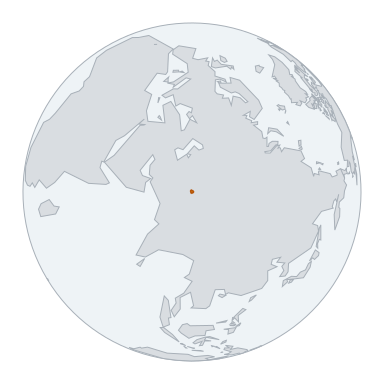 Kunduz on an orthographic globe, rotated 59°
{"feature_id": "AFG-1763", "entity_name": "Kunduz", "entity_type": "Province", "adm_level": 1, "iso_a3": "AFG", "parent_name": "Afghanistan", "parent_adm1": "", "projection": "orthographic", "projection_center": [68.869, 36.818], "detail": "fine", "context": "on_globe", "style": "filled", "palette": "amber", "viewbox_px": 384, "rotation_deg": 59, "n_neighbors": 0, "source": "natural_earth", "source_scale": "10m", "svg_char_len": 11328}
<svg xmlns="http://www.w3.org/2000/svg" viewBox="0 0 384 384"><g transform="rotate(59 192 192)"><circle cx="192" cy="192" r="169" fill="#eef3f6" stroke="#a8b0b8"/><path d="M222.7,25.9L226.8,27.9L240.3,34.0L248.4,36.4L243.6,35.8L261.4,41.5L271.2,47.1L257.8,40.5L254.7,39.8L260.1,43.2L258.0,43.3L259.5,45.1L256.5,45.0L248.9,41.7L246.8,41.7L250.8,44.2L250.4,46.0L244.8,42.3L243.4,45.2L230.5,41.1L218.1,32.9L208.5,32.2L189.4,28.2L188.8,29.2L181.2,28.9L177.6,30.1L175.1,29.5L174.5,31.1L177.4,31.5L178.1,32.4L176.3,33.3L172.8,32.4L173.2,31.9L171.2,32.1L170.2,31.4L169.7,32.2L165.6,31.4L166.9,33.6L161.3,34.1L159.4,33.2L163.2,31.5L168.1,26.7L167.3,26.0L162.4,26.4L145.4,30.3L143.0,30.6L137.1,32.3L136.8,32.7L141.2,31.6L139.1,33.2L144.8,32.1L144.8,32.8L149.2,32.8L144.6,34.8L137.8,37.0L133.9,37.2L130.8,38.3L131.3,40.0L121.0,42.8L108.9,49.2L106.6,50.0L107.9,47.4L115.9,42.0L117.6,40.3L112.5,43.7L107.0,46.2L104.4,47.8L102.4,49.2L103.0,49.3L100.2,50.8L104.3,47.6L106.8,46.1L105.5,47.0L109.2,44.7L110.1,44.2L121.6,38.4L133.6,33.5L145.9,29.5L158.5,26.4L171.2,24.3L184.1,23.2L197.0,23.1L209.9,24.0L222.7,25.9ZM229.5,27.4L226.9,26.9L227.5,26.8L228.8,27.1L229.5,27.4ZM254.6,38.5L251.4,36.9L255.2,38.5L254.6,38.5ZM260.2,45.4L261.8,45.9L261.9,46.7L260.2,45.4ZM151.4,31.7L150.3,32.2L150.1,32.0L151.4,31.7ZM154.4,31.3L154.9,30.7L156.4,30.4L156.0,30.8L154.4,31.3ZM257.4,47.4L257.0,48.7L256.1,46.8L257.4,47.4ZM153.4,32.3L158.9,30.0L161.5,29.7L162.4,31.1L153.4,32.3ZM256.0,49.1L255.2,52.7L258.7,54.0L248.6,52.7L252.5,49.8L250.8,47.1L253.7,48.8L256.0,49.1ZM179.2,31.3L175.9,30.8L180.3,30.5L179.2,31.3ZM181.8,30.8L194.4,29.1L198.3,30.4L193.3,30.6L199.7,32.0L195.4,33.4L191.0,33.0L189.3,31.8L188.9,33.3L181.8,30.8ZM243.1,51.5L241.8,52.1L241.7,50.9L243.1,51.5ZM178.8,32.8L180.9,32.2L184.5,33.2L180.8,34.6L180.8,33.8L178.8,32.8ZM203.5,31.8L205.4,33.0L202.5,34.4L202.9,35.2L195.7,33.6L203.5,31.8ZM179.1,34.0L178.8,35.4L175.5,35.7L176.9,33.4L179.1,34.0ZM187.0,33.0L188.5,33.6L186.4,33.7L187.0,33.0ZM163.5,38.2L166.0,37.2L168.1,37.6L163.5,38.2ZM178.9,35.9L180.0,35.8L181.1,35.9L180.3,36.9L178.9,35.9ZM194.1,34.9L192.5,35.3L196.9,35.6L194.9,36.9L190.5,35.7L191.6,36.8L191.0,37.2L188.0,35.8L194.1,34.9ZM182.7,38.3L176.3,37.6L171.2,39.3L169.2,38.9L177.8,36.4L182.7,38.3ZM186.1,36.9L183.5,37.7L182.3,36.7L183.4,35.5L186.1,36.9ZM195.2,38.3L199.4,36.6L200.2,36.9L195.2,38.3ZM181.4,39.0L183.0,39.1L181.2,39.2L181.4,39.0ZM191.2,38.6L192.6,37.9L193.5,38.3L191.2,38.6ZM184.9,40.2L182.9,39.9L183.5,39.1L184.9,40.2ZM188.0,39.6L188.9,40.4L185.0,39.0L188.5,39.2L188.0,39.6ZM191.9,39.2L192.8,39.2L191.1,39.4L191.9,39.2ZM183.8,43.7L178.6,42.1L180.0,40.2L184.8,42.0L183.8,43.7ZM26.5,192.3L28.9,163.6L32.0,158.3L35.6,148.4L59.7,134.5L61.4,141.0L76.4,151.0L77.7,154.0L72.2,160.7L80.6,180.3L87.6,176.3L98.9,189.2L108.7,193.4L118.8,179.6L102.7,172.3L103.5,163.5L119.4,162.8L134.0,169.7L134.8,166.5L128.6,156.3L135.1,152.3L126.8,152.3L127.9,156.4L122.7,156.7L121.5,153.1L123.8,151.7L120.3,148.5L110.1,156.6L110.0,161.6L98.9,158.0L97.7,166.2L93.6,167.9L94.0,154.8L96.3,151.2L94.5,134.9L91.1,138.3L92.5,154.1L90.7,151.7L86.0,157.0L88.1,151.1L87.4,133.6L79.5,130.0L63.9,137.6L60.4,134.9L59.9,128.0L71.1,114.8L77.7,122.6L81.7,118.7L85.1,109.4L86.8,112.8L89.0,110.2L91.9,113.0L100.7,110.3L104.4,112.6L112.3,105.6L115.3,106.0L109.7,109.9L107.9,114.2L117.6,120.5L120.8,119.9L125.1,115.0L127.3,117.7L130.2,112.2L138.0,113.7L131.0,107.4L136.0,102.2L143.1,100.2L143.4,97.6L131.9,100.9L128.4,103.4L127.4,107.2L116.8,113.7L112.5,113.0L118.8,102.4L113.4,100.4L120.7,93.6L147.6,87.6L156.5,88.7L161.8,101.4L157.1,103.9L152.9,100.5L152.7,108.5L154.7,105.5L156.5,107.9L161.6,104.1L163.1,105.6L165.5,99.5L167.9,101.0L166.4,104.8L176.1,101.1L182.3,103.4L183.8,101.8L183.6,99.5L191.6,104.3L192.3,103.0L190.0,100.9L189.9,97.0L192.9,92.2L195.5,94.0L194.8,96.0L197.2,103.4L194.9,108.8L196.2,109.1L198.9,104.9L196.0,95.9L197.0,92.5L199.1,96.4L198.4,94.7L199.8,93.6L203.6,94.5L201.6,90.1L212.9,77.4L221.3,78.3L221.9,82.8L232.6,77.4L241.3,79.7L239.1,77.6L242.7,74.2L240.0,73.4L239.3,72.2L247.4,64.1L251.3,64.1L252.3,59.1L251.2,58.2L248.3,57.9L248.6,52.7L258.7,54.0L260.7,56.0L265.6,55.9L269.6,60.7L275.1,64.9L276.5,70.9L280.8,74.1L282.2,73.7L289.1,78.1L298.2,89.2L284.5,81.7L269.5,67.4L275.1,73.1L271.9,72.5L272.7,75.0L276.8,79.3L278.5,79.3L275.3,91.0L281.3,105.1L285.5,101.6L290.7,103.7L301.2,118.9L302.9,146.0L309.9,150.8L312.0,155.4L309.7,160.4L306.6,153.7L302.0,153.3L300.6,149.0L295.9,155.4L293.6,149.6L291.1,157.8L294.8,161.4L299.8,157.6L298.6,167.7L306.9,172.7L310.6,181.9L306.0,203.3L297.1,212.8L297.1,216.0L292.2,214.4L287.7,222.4L298.7,235.5L299.1,240.2L290.9,252.5L290.3,249.2L277.2,244.9L276.3,256.5L286.3,262.4L289.8,271.5L282.7,270.8L279.0,262.8L274.4,261.0L274.5,251.2L268.6,237.9L261.4,242.6L261.0,236.6L251.7,225.9L240.9,232.0L224.3,250.4L223.7,265.5L217.2,272.4L205.2,251.8L202.3,236.8L196.4,238.4L185.4,225.3L161.7,222.6L159.8,218.3L155.0,219.6L147.5,214.2L145.0,207.0L139.8,206.4L146.7,225.3L152.4,226.0L159.2,220.4L159.9,226.8L167.4,233.2L154.1,245.9L121.3,251.7L120.5,239.9L108.1,202.2L109.8,198.9L109.9,198.5L109.9,197.7L106.3,202.7L104.9,195.3L109.0,220.9L108.6,230.7L120.8,252.2L119.1,253.5L123.7,258.3L141.6,258.1L141.2,261.8L131.3,276.2L108.6,290.7L113.1,304.8L113.8,314.8L102.9,316.7L107.1,324.4L101.9,324.2L103.7,327.9L101.4,329.5L96.2,328.9L84.1,321.2L80.8,317.6L70.8,307.0L55.9,283.3L56.3,276.7L54.1,268.7L45.6,245.1L47.3,236.7L45.6,230.6L41.9,227.8L40.4,220.5L38.4,217.9L28.0,204.7L26.5,192.3ZM47.5,145.9L45.9,148.6L47.5,145.9ZM146.9,185.1L157.3,188.1L156.9,177.1L160.8,177.5L159.3,173.8L156.8,176.3L153.6,166.3L159.6,164.5L160.5,159.9L157.0,158.7L146.6,163.8L151.1,177.9L146.9,181.3L146.9,185.1ZM106.8,46.4L106.4,46.7L104.0,48.3L104.4,47.9L106.8,46.4ZM97.8,54.5L93.6,56.9L96.8,54.7L96.6,54.3L103.1,49.6L105.8,50.1L103.4,50.6L97.8,54.5ZM112.6,44.0L108.1,46.6L112.9,43.8L112.6,44.0ZM98.1,94.6L97.6,97.5L94.2,99.6L89.5,97.8L94.4,94.6L98.1,94.6ZM97.6,101.2L105.2,91.8L108.4,92.9L105.3,93.8L106.7,95.5L102.1,97.4L97.7,108.1L94.4,110.8L87.6,105.3L91.6,105.5L91.9,102.5L97.6,101.2ZM119.0,69.5L122.3,66.5L125.0,72.7L121.5,74.9L116.7,72.9L117.9,69.2L119.0,69.5ZM154.0,35.6L155.1,34.8L156.1,34.9L155.9,35.7L154.0,35.6ZM164.5,37.7L150.2,39.8L150.7,38.8L141.7,41.7L139.6,40.3L145.5,38.4L137.1,39.8L141.7,37.6L135.8,38.9L149.2,34.8L152.9,33.2L149.6,35.4L151.4,36.6L153.3,36.7L161.5,35.7L170.4,33.2L173.6,34.3L173.5,35.8L171.9,36.6L170.3,35.5L169.2,37.3L165.7,36.4L164.5,37.7ZM170.6,57.9L169.5,55.4L166.7,60.7L163.2,59.0L163.1,59.8L159.1,59.8L154.0,61.3L152.9,60.2L151.4,61.3L148.7,61.5L146.3,62.6L143.5,61.2L140.3,62.6L140.8,61.2L136.1,64.0L138.4,61.3L135.1,61.6L134.6,64.1L125.5,55.5L119.9,54.7L114.0,55.6L118.8,51.4L127.3,48.0L137.0,46.0L141.7,47.7L142.9,45.7L145.6,46.0L143.5,47.5L148.3,45.5L149.9,46.2L158.5,45.6L164.4,42.8L167.7,42.7L166.2,44.2L170.5,43.1L169.9,46.0L172.2,46.1L173.8,49.2L169.5,52.3L172.5,52.2L173.9,54.9L170.6,57.9ZM184.0,44.6L179.7,48.3L175.6,49.4L174.4,43.6L172.4,43.1L171.5,39.8L177.4,38.5L177.1,39.5L178.2,40.2L175.9,40.3L178.6,40.8L178.3,42.3L180.3,43.1L178.3,44.0L184.0,44.6ZM81.4,152.7L82.8,154.3L85.5,155.8L82.6,159.3L81.4,152.7ZM80.7,140.8L82.3,141.4L79.5,146.7L78.1,145.3L80.7,140.8ZM85.6,137.3L82.6,141.0L83.3,138.1L85.6,137.3ZM111.5,110.4L113.4,110.9L112.7,112.2L110.5,113.4L111.5,110.4ZM161.7,74.6L161.7,72.7L162.9,72.4L166.1,68.5L169.0,69.6L168.2,72.4L161.7,74.6ZM114.7,181.1L110.4,182.8L109.6,180.7L111.2,180.5L114.7,181.1ZM94.7,171.0L98.1,175.4L93.9,172.0L94.7,171.0ZM165.4,75.2L166.4,73.3L167.2,75.1L165.4,75.2ZM171.3,70.2L172.7,71.9L169.8,69.3L171.3,70.2ZM192.1,360.4L194.7,360.6L191.8,360.7L192.1,360.4ZM140.6,320.2L135.2,334.3L127.7,332.4L124.3,327.4L124.9,318.3L133.0,317.5L136.4,313.5L140.6,320.2ZM319.8,278.5L323.0,276.9L322.7,277.6L319.8,278.5ZM316.6,278.6L320.4,276.5L315.8,280.3L316.6,278.6ZM321.9,275.6L325.7,272.0L327.4,269.9L326.9,271.3L321.9,275.6ZM313.9,280.2L298.3,287.8L291.8,289.0L293.6,286.1L304.1,282.1L313.9,280.2ZM293.0,286.3L282.7,283.9L266.8,269.3L272.6,268.1L288.8,274.7L287.9,277.1L294.1,279.7L293.0,286.3ZM316.9,263.6L315.8,270.0L307.4,273.9L303.5,274.8L300.8,268.5L302.3,263.9L305.7,262.5L317.2,242.6L321.4,243.6L318.2,251.4L321.7,254.8L316.9,263.6ZM224.6,266.8L229.1,274.8L225.4,276.6L224.6,266.8ZM320.8,230.1L316.8,238.9L320.1,228.3L320.8,230.1ZM322.0,220.8L322.8,223.8L320.5,221.9L322.0,220.8ZM298.0,220.6L294.5,222.8L293.9,220.6L298.0,216.3L298.0,220.6ZM313.4,189.8L315.3,196.7L315.3,199.4L312.8,196.1L313.4,189.8ZM191.5,84.7L183.8,88.7L180.1,92.9L181.0,97.1L176.4,93.2L182.0,86.7L191.5,84.7ZM210.0,78.0L209.1,74.7L211.7,75.3L212.2,76.1L210.0,78.0ZM207.9,76.6L202.8,74.4L203.7,72.0L207.6,74.2L207.9,76.6ZM183.9,74.1L181.4,75.2L180.8,73.7L183.9,74.1ZM319.8,302.5L319.7,302.6L296.6,323.9L292.8,326.0L296.4,322.6L298.3,316.4L299.8,315.7L302.1,310.0L317.3,296.3L329.1,279.0L334.4,274.7L340.3,262.5L344.9,257.5L341.8,265.8L344.5,264.0L351.3,245.1L349.1,254.2L343.3,267.2L336.5,279.6L328.6,291.4L319.8,302.5ZM327.5,273.8L332.3,266.3L334.5,264.1L327.5,273.8ZM356.2,228.6L356.4,231.0L355.3,234.7L354.4,234.5L352.1,241.9L347.8,248.1L349.3,243.9L349.1,240.7L343.6,245.8L342.5,244.4L344.8,240.3L340.7,242.3L345.3,236.4L346.8,240.1L349.2,233.0L352.6,229.2L355.4,226.0L356.8,225.9L356.2,228.6ZM344.6,248.6L345.3,247.8L344.4,250.2L344.6,248.6ZM359.7,212.4L359.8,211.8L359.7,212.4ZM357.3,224.0L359.1,214.7L359.4,213.7L358.0,222.0L357.3,224.0ZM359.0,212.9L359.6,211.3L359.6,212.7L359.4,213.9L359.0,212.9ZM335.3,252.8L335.0,254.5L333.7,254.4L335.3,252.8ZM337.1,250.4L340.8,248.6L336.6,252.0L337.1,250.4ZM323.9,254.7L325.2,257.6L329.5,252.3L326.2,257.9L328.8,261.9L327.6,264.8L325.2,260.3L323.7,267.7L321.8,268.8L321.1,263.8L323.2,255.4L325.1,251.2L332.6,244.7L323.9,254.7ZM337.2,245.9L336.1,242.5L336.8,238.9L338.0,240.2L337.2,245.9ZM332.3,234.4L328.7,231.5L326.0,235.5L330.9,224.1L333.6,228.8L332.3,234.4ZM328.4,224.8L325.9,228.5L328.1,222.3L328.4,224.8ZM324.9,227.2L324.1,223.7L326.3,222.8L324.9,227.2ZM329.8,224.0L329.3,217.4L330.9,220.3L329.8,224.0ZM321.6,216.0L327.4,219.0L320.8,220.5L318.0,208.4L320.6,206.4L321.6,216.0ZM319.9,156.1L317.9,152.9L319.5,150.5L320.5,153.3L319.9,156.1ZM322.9,140.6L319.3,148.8L316.0,155.9L318.2,156.3L319.6,163.3L315.0,159.4L315.5,150.1L318.4,145.9L316.5,140.4L317.2,134.8L313.4,129.1L312.9,125.4L317.3,129.5L322.9,140.6ZM311.6,126.8L305.2,116.1L309.4,114.3L311.7,116.3L312.9,121.8L310.6,122.4L311.6,126.8ZM304.9,113.1L302.6,113.6L288.5,101.4L286.5,98.5L299.5,106.3L298.1,107.3L300.8,110.8L304.9,113.1ZM243.5,52.9L242.0,52.1L243.7,52.3L243.5,52.9ZM237.7,71.8L237.0,70.2L239.1,70.2L237.7,71.8ZM236.0,65.9L234.2,67.0L235.1,65.0L236.0,65.9ZM230.2,69.7L232.9,67.0L231.9,70.8L230.2,69.7Z" fill="#d9dde1" stroke="#a8b0b8" stroke-width="1"/><path d="M192.9,191.2L193.0,191.1L193.1,191.3L193.1,191.5L193.0,191.9L193.0,192.0L192.9,192.0L192.8,192.3L192.8,192.5L192.9,192.8L192.7,192.9L192.7,193.0L192.8,193.2L192.8,193.3L192.8,193.5L192.8,193.4L192.7,193.4L192.4,193.3L192.4,193.2L192.2,193.1L191.9,193.2L191.7,192.9L191.4,192.9L191.2,192.8L190.8,192.8L190.7,192.8L190.6,192.7L190.4,192.7L190.2,192.4L190.0,192.0L190.0,191.8L190.0,191.7L190.3,191.5L190.3,191.4L190.5,191.4L190.6,191.2L190.8,191.1L191.1,191.0L191.2,190.9L191.3,190.9L191.5,190.8L191.5,190.7L191.8,190.7L192.0,190.5L192.3,190.5L192.4,190.8L192.5,190.8L192.6,191.0L192.9,191.2Z" fill="#f59e0b" stroke="#b45309" stroke-width="1.5"/></g></svg>